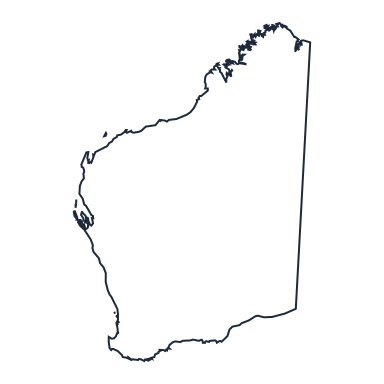 the border of Western Australia
{"feature_id": "AUS-2651", "entity_name": "Western Australia", "entity_type": "State", "adm_level": 1, "iso_a3": "AUS", "parent_name": "Australia", "parent_adm1": "", "projection": "albers", "projection_center": [121.445, -24.431], "detail": "fine", "context": "isolated", "style": "outline", "palette": "slate", "viewbox_px": 384, "rotation_deg": 0, "n_neighbors": 0, "source": "natural_earth", "source_scale": "10m", "svg_char_len": 5786}
<svg xmlns="http://www.w3.org/2000/svg" viewBox="0 0 384 384"><path d="M295.8,308.8L285.1,313.5L272.4,316.9L264.2,317.3L257.7,315.7L255.3,316.3L248.9,320.4L241.7,323.2L239.4,325.2L232.5,326.6L229.5,329.5L227.5,336.0L221.7,341.7L219.9,340.9L216.8,342.7L216.3,341.1L215.1,340.4L209.6,340.9L209.0,341.9L206.2,341.2L205.1,341.9L205.0,342.8L202.8,342.8L202.6,340.8L201.7,339.7L198.9,340.8L192.8,339.6L190.6,340.4L182.6,340.8L180.4,342.1L175.2,341.4L172.7,342.3L169.6,344.9L168.3,347.6L169.5,348.6L167.5,348.5L167.0,350.4L166.1,349.7L165.2,351.0L163.7,350.1L160.1,349.9L160.7,350.6L158.6,351.6L158.6,352.8L155.0,354.5L154.4,357.0L151.3,357.8L151.9,358.9L150.6,358.4L147.1,359.2L149.3,360.1L148.4,360.6L145.1,359.5L144.3,361.0L140.6,359.2L138.7,359.1L138.1,360.0L132.7,359.3L131.5,360.0L128.3,358.5L129.7,358.3L128.1,357.1L128.0,358.0L122.7,357.0L121.8,354.9L117.7,351.0L113.4,349.0L112.0,349.0L111.2,350.0L109.7,348.3L108.7,342.2L108.8,336.9L111.7,338.7L113.9,338.4L115.8,336.5L117.1,333.2L118.1,333.0L118.2,332.6L118.0,331.4L117.7,332.9L117.6,328.7L116.4,323.0L117.6,320.7L116.9,323.0L118.0,324.9L117.1,322.5L118.6,322.0L117.8,321.0L118.0,317.8L117.1,316.9L117.9,316.7L118.1,315.5L117.4,309.0L111.4,296.9L109.5,294.4L107.6,289.6L105.7,281.9L105.8,273.2L103.6,267.4L100.1,263.2L98.9,258.3L93.5,251.9L92.4,248.1L92.9,245.3L90.7,239.5L84.3,229.6L80.1,225.7L77.7,221.7L79.5,222.9L79.7,219.1L80.2,223.5L81.1,225.2L80.5,219.3L81.1,221.9L81.9,221.6L82.6,226.6L83.3,223.5L83.8,227.9L84.5,225.9L85.4,229.2L87.3,228.3L88.0,227.0L88.1,224.1L86.6,222.6L85.2,222.4L83.6,220.3L83.1,218.0L81.0,214.7L82.2,211.2L82.3,212.6L85.4,215.6L85.9,217.0L85.8,221.9L86.7,222.0L87.4,220.6L87.3,217.8L88.1,218.3L88.2,220.6L90.1,224.8L91.3,225.6L93.0,223.5L92.0,218.1L93.2,218.2L92.9,215.9L91.4,215.1L85.9,205.6L84.3,204.6L82.7,198.7L79.4,193.9L79.9,185.8L81.7,181.2L83.9,178.4L83.4,173.7L84.2,171.9L84.0,170.0L83.2,167.7L81.7,166.9L81.4,164.5L86.4,152.4L88.4,152.1L87.3,157.8L87.9,160.2L88.8,159.9L88.2,162.9L89.1,163.2L90.6,161.9L91.3,162.6L93.4,157.3L93.2,154.7L94.1,155.3L95.3,152.1L107.2,146.1L109.2,143.1L112.0,141.5L113.6,138.8L116.7,137.2L117.3,135.3L121.0,134.6L124.5,132.0L125.8,130.0L126.6,130.0L125.8,131.9L126.9,132.8L131.2,130.8L131.6,132.0L133.6,132.7L138.9,131.8L141.3,130.8L145.8,126.6L155.4,125.2L159.6,120.1L160.5,120.8L161.0,120.0L165.0,120.6L166.9,121.6L169.0,119.9L176.4,119.0L187.0,114.6L190.6,112.0L193.9,108.0L197.2,101.5L196.8,100.0L199.1,99.1L198.6,97.9L199.8,96.0L201.2,96.0L207.8,90.6L207.8,88.5L205.2,88.4L205.7,87.3L205.7,84.1L204.8,81.8L205.3,77.0L206.8,74.3L209.9,72.5L209.8,71.7L211.7,72.5L210.6,70.8L211.5,69.5L215.1,69.5L214.0,68.3L214.2,66.7L216.2,65.3L216.6,63.8L218.2,63.3L217.9,63.9L218.7,64.7L217.7,64.7L217.3,66.4L218.5,68.2L219.8,68.1L219.3,69.4L220.1,70.0L220.0,71.7L221.7,73.3L226.3,82.5L226.3,78.8L227.5,76.1L226.5,74.6L226.8,72.9L231.5,76.6L229.8,73.2L230.8,73.6L230.5,72.3L232.2,70.5L231.9,70.1L231.5,71.0L229.8,71.4L228.6,69.1L225.6,67.6L227.1,66.0L225.6,66.3L224.3,65.1L225.3,65.2L225.0,64.6L227.6,65.7L226.8,65.3L227.8,65.0L225.6,63.8L228.7,64.2L227.5,63.1L228.7,63.4L228.7,62.6L226.1,61.5L226.6,60.1L229.0,59.5L230.2,60.4L229.6,60.6L230.3,61.3L229.1,61.5L231.0,62.6L231.0,64.2L231.4,62.8L233.0,63.4L232.4,62.1L232.9,61.9L231.8,60.9L235.0,61.8L236.5,63.8L238.3,64.0L239.0,63.1L246.4,64.4L243.7,63.1L239.2,62.8L238.9,61.0L239.8,58.5L241.1,60.4L242.2,59.5L242.5,56.1L244.4,54.7L242.5,54.6L240.6,57.6L239.9,54.9L239.4,55.6L239.0,52.5L239.8,51.6L239.1,50.1L240.2,50.1L240.6,49.2L243.0,49.9L243.1,48.5L243.8,49.4L244.6,47.6L243.6,47.5L243.6,45.9L245.0,46.5L244.7,47.2L245.6,46.6L246.0,47.6L247.5,47.7L248.5,48.7L248.3,49.6L249.4,49.9L249.6,49.2L251.4,50.3L249.8,48.7L250.9,47.0L249.3,46.5L247.4,47.4L246.9,46.7L249.6,44.6L246.7,46.0L246.2,44.6L247.0,43.7L248.3,44.2L249.1,43.7L248.8,41.6L250.1,41.7L249.7,42.6L250.7,42.7L251.3,44.7L251.0,42.6L251.3,42.3L253.2,44.4L255.4,44.4L254.4,43.0L255.4,42.4L251.7,41.3L253.6,40.4L252.0,39.7L251.0,38.0L253.6,36.5L252.6,36.1L254.4,34.3L254.2,36.0L255.0,35.0L255.7,36.6L256.6,34.3L258.1,35.2L258.1,30.5L260.4,30.9L260.0,31.9L259.2,31.9L259.5,34.6L258.8,36.6L260.3,32.9L260.3,34.1L262.1,33.9L261.8,35.9L263.1,36.8L263.2,34.9L265.0,34.8L264.2,32.8L265.4,32.3L265.5,30.6L266.8,30.0L266.7,28.4L264.5,28.0L264.4,26.7L266.1,27.3L265.0,25.6L266.2,25.1L266.1,25.7L267.0,25.7L266.4,27.2L268.1,26.3L267.2,28.3L267.9,28.2L267.5,29.4L269.0,30.6L269.9,29.9L269.1,29.1L269.7,27.9L271.4,26.6L273.5,26.2L271.6,28.3L272.8,28.3L272.2,28.9L273.4,29.3L273.8,30.8L274.7,28.2L275.3,29.1L275.9,28.4L275.6,27.0L277.9,26.5L276.3,24.0L277.4,23.7L277.8,24.5L278.3,24.2L277.9,23.5L279.5,23.0L281.3,24.7L281.0,25.7L282.1,27.0L282.7,25.6L283.2,26.7L283.8,25.9L285.3,27.0L285.3,26.1L286.6,26.8L287.0,28.6L290.3,30.6L294.3,37.0L295.2,36.9L298.5,39.4L297.7,40.0L297.9,41.2L296.7,41.5L295.2,48.4L295.6,50.1L294.8,51.6L296.0,50.5L296.6,46.7L298.9,50.3L297.8,44.8L299.7,42.5L300.1,44.6L300.4,43.8L301.2,44.7L301.7,44.7L301.0,40.8L303.2,40.3L310.2,42.4L295.8,308.8ZM77.3,218.4L78.4,221.4L74.5,215.8L73.8,211.9L74.3,211.2L75.0,211.4L77.2,217.5L76.9,218.7L77.3,218.4ZM106.4,133.8L105.7,135.8L104.2,136.2L105.9,132.9L106.4,133.8ZM242.2,47.1L243.3,48.1L241.5,48.8L242.3,47.8L240.4,47.5L242.1,45.7L242.2,47.1ZM251.4,33.4L252.1,35.8L251.1,36.6L250.5,35.0L251.1,35.2L251.4,33.4ZM300.3,41.9L301.5,44.7L300.3,43.3L300.3,41.9ZM296.8,44.4L297.7,45.9L297.5,46.9L296.6,45.9L296.8,44.4ZM75.6,207.8L75.6,204.4L76.1,203.6L75.6,207.8ZM76.2,201.7L76.1,203.3L76.3,199.5L76.2,201.7ZM239.6,46.1L240.0,46.7L238.5,46.6L239.6,46.1ZM247.7,41.0L247.7,42.5L246.7,41.6L247.7,41.0ZM272.5,25.1L273.3,25.2L274.2,25.6L272.7,25.6L272.5,25.1ZM113.8,313.1L114.9,312.6L115.3,312.7L113.8,313.1ZM116.8,315.0L117.1,316.0L117.2,316.4L116.9,316.3L116.8,315.0Z" fill="none" stroke="#1e293b" stroke-width="2"/></svg>